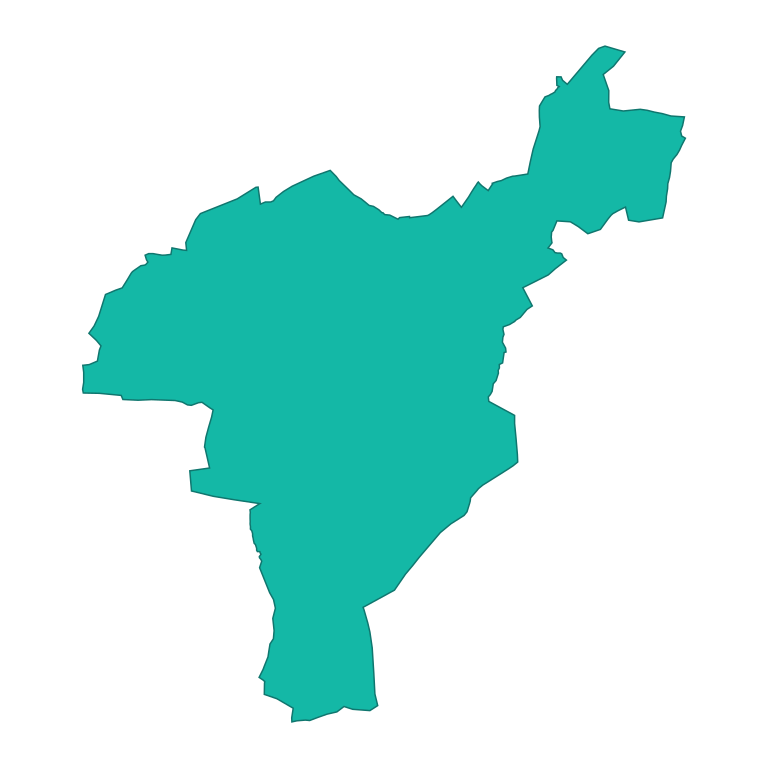 Batagarawa, Katsina, Nigeria
{"feature_id": "59680162B37340403082689", "entity_name": "Batagarawa", "entity_type": "district", "adm_level": 2, "iso_a3": "NGA", "parent_name": "Nigeria", "parent_adm1": "Katsina", "projection": "robinson", "projection_center": [7.596, 12.868], "detail": "fine", "context": "isolated", "style": "filled", "palette": "teal", "viewbox_px": 768, "rotation_deg": 0, "n_neighbors": 0, "source": "geoboundaries", "source_scale": "gbopen_adm2", "svg_char_len": 4123}
<svg xmlns="http://www.w3.org/2000/svg" viewBox="0 0 768 768"><path d="M88.9,333.3L96.5,340.5L101.0,345.9L99.4,350.0L97.4,361.1L89.2,364.6L82.8,365.3L83.7,372.4L83.7,382.4L82.6,389.3L83.3,393.0L99.2,393.3L121.2,395.4L122.9,399.5L138.1,400.2L151.6,399.6L175.1,400.5L182.3,402.1L187.5,404.9L191.4,405.3L198.5,402.7L202.0,402.3L209.8,407.8L213.1,409.9L211.6,417.1L208.6,427.3L205.9,437.3L204.5,447.1L205.0,447.8L209.6,468.0L189.8,470.8L191.5,491.0L213.3,496.3L233.9,499.7L259.8,503.6L250.0,509.8L250.3,512.4L250.1,514.8L250.1,518.6L250.2,521.5L250.1,524.0L250.5,526.9L250.4,529.1L251.8,530.8L252.6,533.7L252.6,536.0L253.1,538.0L253.5,540.4L254.2,543.4L255.4,544.5L256.4,547.5L256.7,548.8L256.6,550.1L257.4,551.6L259.8,551.6L260.2,553.0L261.0,554.2L260.5,555.0L259.3,556.6L259.5,557.8L260.8,559.4L261.7,561.2L259.6,567.7L269.7,592.8L273.5,599.5L275.4,608.2L272.8,618.4L274.1,630.6L273.4,638.8L270.0,644.0L268.8,651.5L268.0,656.9L264.1,666.7L263.1,669.4L259.1,677.4L263.0,680.0L264.8,681.6L264.5,683.1L264.3,694.4L276.8,698.7L293.2,708.2L291.7,717.9L291.9,721.9L296.9,720.8L305.4,720.1L309.7,720.5L317.6,717.5L326.9,714.2L336.9,711.9L344.0,706.5L352.7,709.3L369.9,710.6L377.7,705.6L374.9,694.0L373.8,673.3L372.2,647.8L369.9,632.1L367.8,623.1L364.0,609.8L363.1,607.3L394.5,590.1L405.5,574.1L412.9,565.3L419.3,557.2L440.3,532.6L450.9,523.8L464.1,515.4L467.0,511.8L468.6,506.6L469.5,503.7L470.2,501.1L470.6,497.8L476.9,490.6L478.5,488.6L482.6,485.2L508.1,469.1L513.2,465.7L517.7,462.0L517.4,454.6L516.0,438.0L514.6,423.5L514.6,415.4L488.8,401.4L488.3,396.9L490.3,394.6L492.1,391.4L493.1,385.0L493.2,383.9L496.1,380.5L497.6,375.7L498.4,373.2L498.2,370.4L499.4,367.9L499.3,364.5L502.6,362.9L504.1,352.5L506.0,352.0L505.6,348.1L502.4,342.2L502.9,337.2L504.0,334.4L502.9,329.4L503.3,326.8L509.6,324.5L514.7,321.4L516.0,320.0L520.3,317.4L527.0,309.4L532.3,305.9L522.8,287.7L548.3,274.9L555.4,268.6L566.4,260.1L563.2,257.5L561.7,253.8L560.3,253.1L557.6,253.1L555.0,252.6L552.9,249.8L548.0,248.0L552.0,242.8L551.7,241.2L551.2,236.8L551.4,235.1L551.6,232.1L553.0,230.4L556.9,220.9L570.4,221.8L578.3,226.6L587.8,233.7L589.7,233.1L600.4,229.4L605.3,222.7L607.7,219.4L609.6,217.0L611.2,215.1L612.9,213.6L615.1,212.4L617.7,210.9L622.5,208.5L625.5,207.1L628.6,220.2L639.0,221.9L662.6,217.9L666.1,201.9L666.4,196.2L667.6,188.7L667.8,183.7L669.5,177.6L670.5,171.4L671.2,162.7L673.2,159.1L675.8,155.9L676.9,154.6L679.5,150.2L681.7,145.3L685.4,138.2L681.7,136.0L680.5,131.2L682.6,125.5L684.4,116.9L670.9,116.0L662.3,113.6L654.4,112.1L647.2,110.3L640.2,109.3L623.3,111.0L609.9,108.8L609.5,106.7L608.7,102.3L608.8,90.6L603.2,74.5L613.5,66.2L624.9,52.0L605.0,46.1L598.6,48.4L592.0,55.1L567.3,84.3L564.3,81.8L563.3,80.9L562.7,80.5L562.4,79.9L561.5,77.9L561.1,76.9L556.7,76.8L556.6,78.3L556.9,85.4L559.2,86.6L557.9,87.6L557.1,89.0L556.0,90.0L555.3,91.0L554.9,92.0L552.1,93.7L550.7,94.3L549.0,95.4L545.0,96.9L542.0,101.8L539.5,106.0L539.3,110.4L539.4,117.1L540.1,126.6L539.0,130.9L533.2,149.0L531.3,157.3L530.1,162.7L529.5,165.7L527.8,174.0L521.6,175.0L514.5,176.1L512.7,176.2L506.5,178.1L501.3,180.6L497.4,181.5L494.5,182.5L492.2,183.3L492.5,184.3L492.2,184.5L488.2,190.6L482.0,185.9L480.0,184.0L478.3,182.0L477.5,182.9L475.8,185.6L474.2,187.9L471.1,192.8L468.6,197.0L461.4,207.3L456.2,200.6L453.0,196.3L444.6,203.0L436.4,209.5L432.2,212.7L429.2,214.7L427.6,215.5L416.2,216.9L409.6,217.7L409.5,216.5L399.6,217.6L398.0,219.2L389.8,215.1L384.7,214.6L382.9,212.7L381.9,212.7L378.9,209.8L373.5,206.4L369.1,205.4L365.2,202.1L361.1,198.8L353.8,194.8L348.8,189.8L339.2,180.5L336.2,176.5L330.2,170.4L313.7,176.2L292.2,186.2L283.5,191.5L276.1,197.3L273.5,200.8L270.7,202.0L265.4,202.0L260.4,204.1L258.1,187.1L255.9,187.3L237.2,198.9L209.1,210.1L200.4,213.6L195.7,219.7L185.8,242.6L186.6,250.4L183.2,250.1L172.0,247.9L170.9,254.4L165.1,255.1L162.1,255.2L159.8,254.8L156.2,254.2L153.0,253.6L148.7,253.6L145.1,255.2L146.5,259.8L147.9,262.1L147.0,263.2L145.8,264.5L144.7,265.1L140.9,265.7L134.7,270.0L132.5,271.6L131.2,273.2L126.9,280.4L122.2,287.9L115.6,290.2L105.5,294.5L98.7,316.3L94.1,326.0L88.9,333.3Z" fill="#14b8a6" stroke="#0f766e" stroke-width="1.5"/></svg>